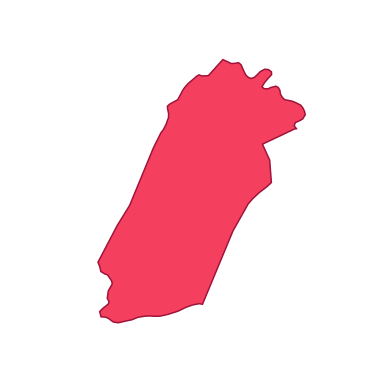 outline of Serian, Sarawak, Malaysia, rotated 244°
{"feature_id": "92858781B75054597710860", "entity_name": "Serian", "entity_type": "district", "adm_level": 2, "iso_a3": "MYS", "parent_name": "Malaysia", "parent_adm1": "Sarawak", "projection": "equal_earth", "projection_center": [110.645, 1.147], "detail": "fine", "context": "isolated", "style": "filled", "palette": "rose", "viewbox_px": 384, "rotation_deg": 244, "n_neighbors": 0, "source": "geoboundaries", "source_scale": "gbopen_adm2", "svg_char_len": 1398}
<svg xmlns="http://www.w3.org/2000/svg" viewBox="0 0 384 384"><g transform="rotate(244 192 192)"><path d="M86.5,152.2L139.0,211.7L156.8,237.5L159.5,244.0L161.9,251.8L164.0,262.0L165.7,267.5L186.6,275.8L204.1,276.3L203.7,312.0L203.1,313.6L206.7,312.9L209.1,315.3L208.9,319.4L209.1,323.5L211.8,327.7L215.3,328.5L219.0,328.5L222.5,327.7L226.9,324.4L229.7,321.8L232.1,318.8L234.3,315.8L237.4,314.7L240.9,314.4L245.1,315.6L248.2,315.3L250.3,313.8L251.4,308.5L251.4,305.5L253.4,302.0L256.0,301.1L258.7,305.5L260.6,309.9L262.6,315.0L265.2,316.1L268.5,314.4L270.5,311.1L270.3,306.1L268.8,302.0L267.7,298.4L268.1,294.9L270.5,292.8L273.6,291.6L278.0,291.6L285.0,291.9L287.8,290.5L288.9,286.9L290.2,283.7L297.5,277.8L289.4,257.7L290.9,254.1L292.2,251.5L294.2,249.7L294.0,246.8L292.6,241.7L291.3,236.4L289.1,231.1L287.2,227.9L283.9,223.4L281.2,219.6L281.0,215.8L280.8,210.7L279.9,207.5L277.7,206.6L272.9,205.4L269.0,203.4L266.6,200.7L264.6,198.9L260.6,193.6L258.9,190.1L248.8,176.9L207.4,130.2L194.6,110.0L170.1,76.7L165.5,76.4L160.5,75.2L156.7,77.6L154.6,79.7L147.5,80.8L144.3,80.0L139.9,73.5L133.7,69.3L129.6,69.3L128.0,67.6L126.3,60.2L125.0,56.6L119.7,55.5L117.5,59.3L115.1,61.4L109.6,64.3L106.8,68.4L104.4,78.5L103.5,82.0L103.1,88.5L100.9,95.6L99.1,99.7L96.7,103.9L94.5,108.6L92.5,116.9L91.0,127.2L91.0,136.3L90.1,143.7L88.4,149.6L86.5,152.2Z" fill="#f43f5e" stroke="#9f1239" stroke-width="1.5"/></g></svg>